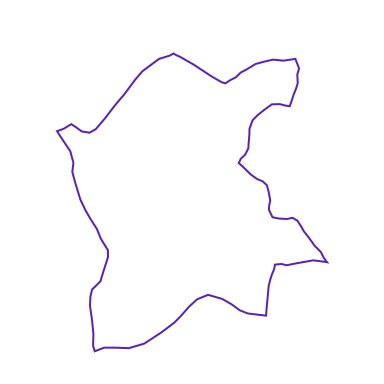 Upplands Väsby, Stockholm, Sweden, rotated 255°
{"feature_id": "70781695B23311697219676", "entity_name": "Upplands Väsby", "entity_type": "district", "adm_level": 2, "iso_a3": "SWE", "parent_name": "Sweden", "parent_adm1": "Stockholm", "projection": "albers", "projection_center": [17.909, 59.524], "detail": "fine", "context": "isolated", "style": "outline", "palette": "violet", "viewbox_px": 384, "rotation_deg": 255, "n_neighbors": 0, "source": "geoboundaries", "source_scale": "gbopen_adm2", "svg_char_len": 1556}
<svg xmlns="http://www.w3.org/2000/svg" viewBox="0 0 384 384"><g transform="rotate(255 192 192)"><path d="M53.4,231.5L62.7,234.8L81.2,241.7L86.6,244.6L91.7,247.9L96.4,251.5L100.4,253.4L99.3,259.9L96.8,264.2L96.0,275.5L94.6,291.4L90.6,301.2L89.2,304.3L94.2,302.3L100.7,300.9L108.4,296.5L118.9,292.6L124.7,290.0L130.1,288.6L137.0,286.4L141.0,282.4L141.4,276.6L143.9,269.0L146.8,263.2L154.8,261.7L158.4,262.8L163.5,265.4L172.9,266.1L179.1,266.1L183.8,263.2L187.8,258.1L193.6,253.4L202.7,248.0L207.8,244.7L211.4,247.6L214.3,253.0L219.7,257.8L224.1,259.2L232.1,262.1L238.2,263.9L245.5,269.0L248.8,274.4L252.4,282.4L256.0,291.8L254.2,299.5L251.7,303.8L249.5,308.5L254.2,311.8L260.4,315.8L265.1,319.4L269.8,322.3L278.2,324.1L283.6,327.4L293.7,326.3L293.8,326.3L295.2,314.3L298.9,304.5L299.2,296.1L299.2,286.7L295.9,275.1L294.8,270.0L291.5,264.2L290.1,257.7L288.3,252.3L290.4,249.0L298.4,241.0L314.7,226.5L325.9,215.2L328.4,212.0L330.6,210.0L329.5,205.8L329.1,194.6L321.5,175.4L315.3,166.3L304.1,152.2L296.1,140.6L285.6,126.9L277.6,115.3L275.8,108.4L279.0,101.2L284.5,96.8L288.8,92.9L286.3,84.5L285.7,77.4L278.1,79.8L262.8,85.0L250.9,85.0L242.4,81.6L231.1,81.6L213.6,82.2L201.7,84.4L191.5,87.2L180.8,90.6L170.6,91.8L157.6,95.7L150.8,94.0L139.5,86.7L129.4,80.4L123.7,70.3L117.5,66.9L108.4,64.0L94.3,62.3L80.2,60.0L68.9,56.6L63.3,56.9L63.4,57.7L64.4,66.8L61.5,77.6L57.5,90.6L57.9,106.6L64.3,126.1L70.5,141.3L75.2,149.3L82.0,159.5L87.1,169.3L88.5,180.9L80.9,193.5L72.9,201.5L65.3,207.6L60.2,214.5L53.4,231.5Z" fill="none" stroke="#5b21b6" stroke-width="2"/></g></svg>